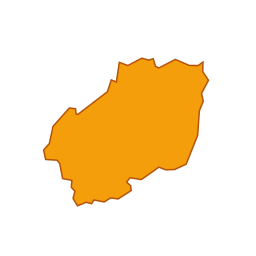 the District of Lisburn, rotated 116°
{"feature_id": "GBR-2090", "entity_name": "Lisburn", "entity_type": "District", "adm_level": 1, "iso_a3": "GBR", "parent_name": "United Kingdom", "parent_adm1": "", "projection": "natural_earth1", "projection_center": [-6.062, 54.5], "detail": "fine", "context": "isolated", "style": "filled", "palette": "amber", "viewbox_px": 256, "rotation_deg": 116, "n_neighbors": 0, "source": "natural_earth", "source_scale": "10m", "svg_char_len": 763}
<svg xmlns="http://www.w3.org/2000/svg" viewBox="0 0 256 256"><g transform="rotate(116 128 128)"><path d="M220.1,139.3L215.4,146.5L208.1,148.0L206.2,152.9L199.7,155.5L202.1,164.6L189.9,173.8L188.0,177.6L192.4,188.2L184.8,194.2L176.4,191.9L159.4,196.1L135.7,189.5L133.7,183.6L138.3,180.6L137.5,178.9L104.4,162.4L92.1,164.1L91.7,158.6L72.8,164.6L71.9,155.5L59.2,146.2L57.9,139.1L54.7,135.7L60.6,130.2L60.4,126.5L45.6,115.5L44.9,100.3L41.1,92.3L35.9,89.5L44.6,85.5L49.8,76.6L64.6,77.1L70.9,72.1L81.3,71.4L104.0,62.2L135.0,59.9L144.9,67.9L149.0,75.7L149.7,83.1L168.5,93.4L171.9,104.4L177.1,105.5L178.8,100.3L182.8,97.7L196.1,105.8L198.5,113.0L204.9,117.0L207.6,127.0L212.0,127.6L213.1,133.0L220.1,139.3Z" fill="#f59e0b" stroke="#b45309" stroke-width="1.5"/></g></svg>